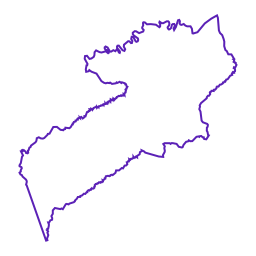 Inírida, Guainía, Colombia
{"feature_id": "7082276B88046455152973", "entity_name": "Inírida", "entity_type": "district", "adm_level": 2, "iso_a3": "COL", "parent_name": "Colombia", "parent_adm1": "Guainía", "projection": "natural_earth1", "projection_center": [-68.552, 3.202], "detail": "fine", "context": "isolated", "style": "outline", "palette": "violet", "viewbox_px": 256, "rotation_deg": 0, "n_neighbors": 0, "source": "geoboundaries", "source_scale": "gbopen_adm2", "svg_char_len": 5715}
<svg xmlns="http://www.w3.org/2000/svg" viewBox="0 0 256 256"><path d="M86.5,65.4L85.8,69.4L86.2,71.8L88.7,71.2L89.3,70.1L91.5,71.7L96.5,73.6L101.4,81.1L104.0,82.8L105.8,83.3L107.3,82.8L109.4,83.1L110.1,82.6L112.0,83.9L115.9,83.3L116.6,82.4L117.4,82.9L119.7,81.8L121.3,83.0L121.9,82.3L124.9,83.3L125.3,84.4L126.0,84.3L126.7,86.4L127.4,86.8L126.4,88.2L126.6,88.7L125.5,89.5L126.0,90.8L125.5,91.4L125.6,92.5L124.3,93.4L124.5,95.3L123.6,94.5L123.7,95.6L123.3,95.0L122.9,95.7L122.2,95.4L121.3,95.9L120.9,95.3L119.6,96.1L118.6,95.9L117.4,96.9L116.0,97.1L116.6,97.2L116.4,98.1L115.9,98.1L114.5,99.7L114.5,99.1L114.0,98.8L114.0,99.9L113.2,100.2L113.0,99.7L112.9,100.2L112.2,100.2L112.1,99.6L111.6,99.9L110.6,99.3L110.4,101.6L109.8,100.9L108.4,101.5L108.4,102.4L107.8,102.3L107.5,103.5L106.9,103.0L106.6,103.8L105.7,104.0L105.3,103.4L105.3,104.0L103.9,104.2L103.7,105.1L103.1,104.4L101.9,105.6L101.1,105.3L100.6,105.9L98.7,106.3L98.6,107.2L98.2,106.8L97.5,107.4L96.9,106.9L96.7,107.4L96.4,106.7L96.2,107.2L95.4,107.1L94.0,107.8L92.7,109.5L92.6,109.0L92.2,109.4L91.2,108.8L91.2,109.3L89.7,109.2L90.3,110.3L89.3,111.1L88.6,110.9L88.0,112.0L87.0,112.1L85.5,116.3L84.4,116.1L84.3,117.3L82.7,118.5L81.3,116.9L80.1,117.4L80.1,117.9L79.8,117.6L79.9,118.1L79.4,117.7L78.2,118.3L77.9,119.3L77.4,118.9L76.4,120.5L75.6,120.5L75.5,121.5L73.8,122.0L73.4,123.2L72.8,123.4L72.8,124.4L72.2,124.5L70.7,127.1L69.4,128.2L65.4,127.7L65.1,129.1L63.6,129.5L63.3,130.2L60.5,129.8L56.9,126.9L53.3,127.0L49.5,133.7L47.8,133.9L47.5,134.8L44.3,138.0L42.9,138.6L40.8,138.4L38.8,137.3L36.8,138.2L36.4,140.8L35.5,142.3L31.0,145.6L30.5,147.1L29.4,147.6L28.6,150.1L27.9,150.7L28.2,152.7L27.6,153.3L26.1,153.0L25.9,152.0L23.9,150.2L23.6,150.6L22.3,149.9L21.8,150.3L22.1,151.3L21.0,151.4L23.0,155.4L22.0,156.8L20.8,163.1L19.5,165.3L19.6,166.3L21.4,167.1L21.8,168.1L20.7,170.4L20.8,171.5L19.5,172.7L20.5,174.5L21.9,175.1L22.5,176.5L25.9,179.5L26.6,180.7L26.8,181.8L26.1,184.7L26.7,185.4L46.1,240.6L47.4,240.2L47.0,238.7L48.3,235.1L47.4,232.7L48.1,231.4L46.9,230.1L47.6,229.7L47.4,228.8L48.2,228.6L48.8,225.9L48.9,224.4L48.2,222.5L49.1,222.6L50.3,220.4L52.1,219.7L52.2,218.1L51.4,216.1L52.8,213.8L52.8,210.4L54.9,208.0L60.3,209.1L61.4,208.5L62.8,209.2L65.8,204.2L66.8,203.9L68.6,204.4L69.4,203.6L73.8,202.2L74.9,201.3L74.9,200.6L76.9,198.7L77.8,197.0L80.2,196.9L80.3,196.0L82.0,195.5L83.9,193.7L85.3,193.9L86.6,192.2L87.3,192.2L87.3,191.3L88.4,190.2L89.2,190.6L90.5,189.4L90.4,189.9L91.2,189.7L92.0,188.4L93.5,188.6L94.4,187.7L94.2,186.9L94.9,186.2L94.7,185.1L95.7,184.0L96.8,184.1L97.4,183.2L98.3,183.3L99.1,182.2L100.5,182.7L100.8,182.0L102.0,182.2L102.7,181.5L102.6,180.4L103.1,180.8L103.2,180.1L104.5,179.3L104.7,178.3L105.4,178.4L105.8,176.3L108.0,175.8L109.4,176.2L110.3,175.8L110.5,175.1L112.0,174.7L112.7,175.1L115.5,172.8L116.1,170.4L119.0,170.4L121.8,168.0L123.0,168.4L124.6,165.6L126.1,165.5L127.3,164.3L126.8,162.3L127.5,162.2L128.0,161.3L128.9,161.3L129.0,160.3L129.6,160.2L129.4,159.4L130.1,159.9L130.7,159.4L130.6,158.1L131.0,158.8L132.1,158.8L133.4,157.6L133.4,156.8L134.1,157.9L134.8,157.3L136.1,157.7L135.4,157.1L136.0,156.5L137.1,157.3L137.0,156.0L139.6,154.3L140.0,152.1L141.9,151.1L141.7,150.3L144.2,151.5L145.2,152.6L158.8,156.5L163.2,156.9L163.0,155.0L164.7,151.9L164.8,150.6L164.3,148.1L164.8,146.3L163.3,144.0L164.6,143.2L169.6,143.2L170.6,143.9L171.4,143.1L172.6,143.1L176.6,143.9L178.8,146.8L181.9,147.5L182.6,147.2L183.6,144.8L186.1,141.8L188.2,141.3L188.8,140.3L190.2,141.2L192.3,141.1L196.5,136.8L198.6,136.4L199.3,136.9L199.8,136.2L201.2,136.0L202.9,137.5L203.7,137.3L204.2,139.0L206.3,139.3L208.8,135.4L208.1,135.1L207.5,131.9L206.8,130.8L206.9,127.6L207.6,126.8L207.9,124.9L207.2,123.9L202.9,122.3L201.6,120.6L200.5,111.6L199.3,109.1L200.0,106.7L199.7,105.4L201.0,103.1L206.7,98.3L206.8,97.2L207.9,95.8L209.1,95.7L210.2,94.0L209.8,92.7L210.2,91.9L211.1,91.7L211.5,90.8L213.6,91.0L213.5,90.2L214.1,89.6L215.2,89.7L216.5,88.2L216.5,87.2L217.1,86.5L218.5,86.6L219.8,84.7L221.1,84.5L222.7,83.5L222.9,82.6L223.5,82.7L224.7,81.3L225.3,81.6L226.2,79.6L227.7,79.2L230.2,75.7L232.2,74.9L231.8,73.8L232.7,72.3L233.3,72.9L234.2,72.8L234.1,71.7L235.0,71.2L235.1,70.0L234.8,68.8L233.7,68.1L234.0,67.3L235.0,67.9L236.5,64.9L235.6,63.5L235.8,62.1L235.2,62.9L233.7,61.9L234.3,61.3L234.0,60.5L234.3,59.4L233.4,59.1L233.9,58.6L231.4,54.4L228.3,54.3L226.8,51.1L225.4,50.0L224.2,46.1L224.3,41.6L223.6,38.9L222.2,35.1L220.0,33.0L218.9,30.4L217.9,17.9L217.0,15.4L211.2,18.7L204.8,23.4L197.5,32.2L193.2,33.5L192.5,33.3L191.9,28.7L190.5,26.3L187.1,26.3L185.4,25.6L183.7,24.0L181.5,24.9L180.4,24.6L179.6,23.5L179.9,21.2L179.2,19.9L178.0,20.3L175.9,27.0L174.1,30.0L173.6,28.6L174.9,25.6L174.2,24.0L172.7,24.1L171.9,24.8L171.2,27.8L170.2,28.9L169.0,29.5L167.9,28.5L167.6,27.3L169.0,25.4L169.4,23.8L169.0,22.1L168.2,21.3L166.8,21.3L163.2,23.2L161.7,23.1L159.6,21.7L159.3,22.6L160.2,24.3L160.1,26.5L159.4,27.2L155.9,24.7L150.7,24.1L147.0,24.3L144.8,22.4L143.4,22.3L143.0,22.9L143.2,25.4L142.2,27.4L142.3,28.4L143.7,30.0L143.2,31.5L139.1,33.1L136.1,31.3L134.7,31.2L132.8,32.7L132.8,34.1L133.6,35.3L137.9,38.4L138.2,40.0L137.7,41.3L136.5,41.8L135.7,41.4L133.4,37.2L131.7,36.8L131.2,39.0L132.4,41.0L131.9,43.0L131.0,43.1L129.5,41.4L128.2,41.2L124.0,44.7L123.8,46.7L125.2,49.2L124.4,50.9L122.5,50.2L118.8,45.6L117.5,45.7L117.0,46.6L117.1,47.9L119.6,51.0L120.0,52.0L119.7,52.9L118.9,52.5L117.7,50.0L116.7,49.4L115.4,51.2L113.3,50.2L111.2,51.6L110.0,51.6L107.6,47.5L105.6,46.5L104.7,47.3L104.7,48.5L105.4,49.6L107.4,50.3L108.6,51.4L108.7,52.8L108.1,53.2L105.8,51.3L101.5,52.5L99.5,52.1L96.1,50.4L94.6,52.2L94.4,55.2L93.7,56.9L91.4,58.5L89.5,58.9L87.0,55.8L85.0,56.1L84.7,58.8L87.5,63.9L87.2,65.3L86.5,65.4Z" fill="none" stroke="#5b21b6" stroke-width="2"/></svg>